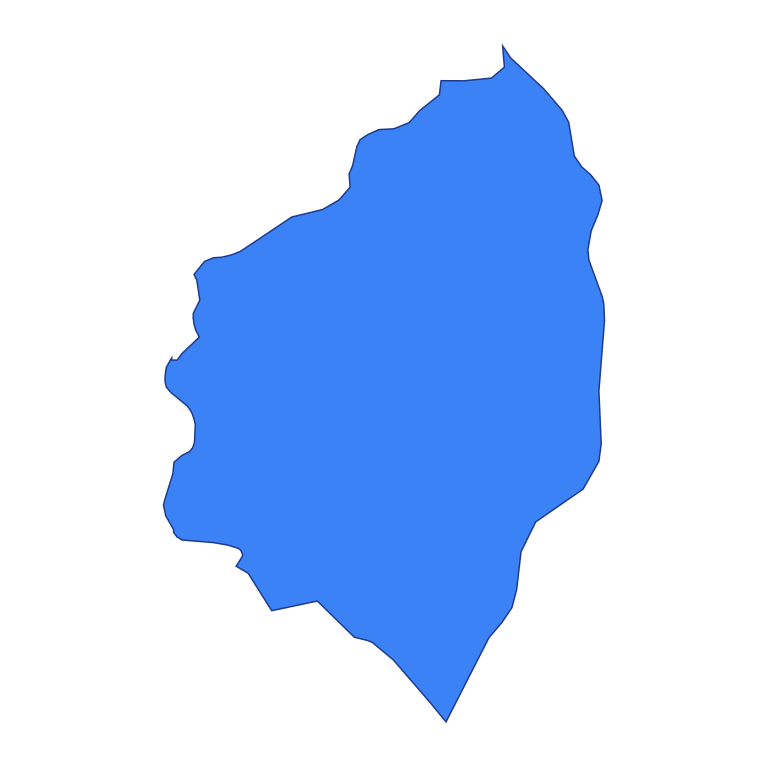 map outline of Atlántico (Mercator projection)
{"feature_id": "COL-1412", "entity_name": "Atlántico", "entity_type": "Department", "adm_level": 1, "iso_a3": "COL", "parent_name": "Colombia", "parent_adm1": "", "projection": "mercator", "projection_center": [-75.051, 10.678], "detail": "fine", "context": "isolated", "style": "filled", "palette": "blue", "viewbox_px": 768, "rotation_deg": 0, "n_neighbors": 0, "source": "natural_earth", "source_scale": "10m", "svg_char_len": 1395}
<svg xmlns="http://www.w3.org/2000/svg" viewBox="0 0 768 768"><path d="M171.7,358.0L171.7,360.1L177.2,360.1L181.9,353.6L199.3,337.1L195.9,330.4L194.1,324.5L193.2,317.9L193.3,313.5L193.3,313.3L199.8,300.2L196.8,280.1L194.0,274.4L204.6,261.4L213.4,257.8L222.6,257.1L231.7,254.8L240.5,251.3L291.8,217.0L322.6,209.5L339.1,199.9L350.1,187.1L349.1,173.9L352.6,165.7L356.8,146.8L360.1,139.6L367.8,134.6L378.9,129.6L393.8,128.8L409.3,122.6L419.7,110.6L439.4,94.8L441.1,80.7L463.8,80.8L491.4,78.1L504.4,67.1L503.1,52.0L502.7,46.1L510.7,58.0L543.7,88.8L562.0,110.1L568.7,122.3L574.3,156.0L581.7,166.9L590.8,174.9L598.9,185.1L602.1,200.6L597.8,215.1L591.2,230.7L587.9,249.6L588.9,260.0L602.4,297.1L603.8,304.1L604.5,320.7L598.9,391.0L601.2,443.9L598.9,461.3L583.2,489.0L535.7,521.9L521.0,551.8L516.6,589.8L511.9,607.7L501.9,622.5L489.0,637.6L446.0,721.9L429.6,701.9L393.3,659.9L372.3,642.4L367.2,640.4L354.3,637.2L317.3,601.0L271.7,610.7L248.2,573.3L236.1,566.2L242.6,556.0L242.3,553.7L240.5,549.9L237.6,548.1L227.3,545.0L213.4,542.6L182.0,540.0L177.0,536.9L173.7,532.6L173.5,529.4L165.8,515.9L163.5,505.2L164.4,501.1L172.9,473.6L174.0,462.3L181.7,455.6L189.5,451.5L192.7,447.7L194.5,442.2L195.3,424.8L193.9,418.6L191.9,413.1L189.8,409.4L187.0,405.8L171.1,392.7L166.4,387.2L165.2,382.4L165.0,377.8L165.7,370.5L166.5,367.0L170.9,359.2L171.7,358.0Z" fill="#3b82f6" stroke="#1e3a8a" stroke-width="1.5"/></svg>